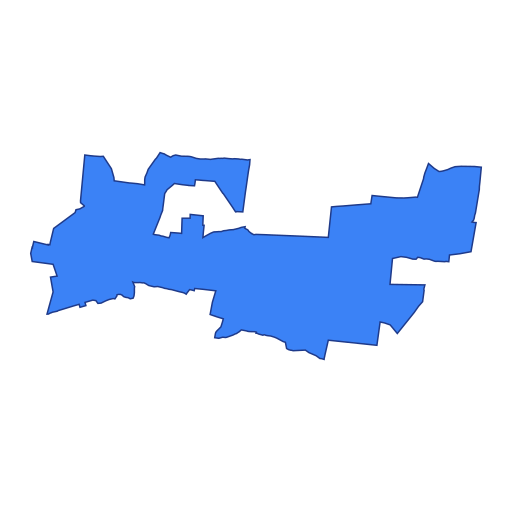 Tekal de Venegas, Yucatán, Mexico
{"feature_id": "50627088B65871153010469", "entity_name": "Tekal de Venegas", "entity_type": "district", "adm_level": 2, "iso_a3": "MEX", "parent_name": "Mexico", "parent_adm1": "Yucatán", "projection": "orthographic", "projection_center": [-88.868, 21.02], "detail": "fine", "context": "isolated", "style": "filled", "palette": "blue", "viewbox_px": 512, "rotation_deg": 0, "n_neighbors": 0, "source": "geoboundaries", "source_scale": "gbopen_adm2", "svg_char_len": 4776}
<svg xmlns="http://www.w3.org/2000/svg" viewBox="0 0 512 512"><path d="M324.1,359.4L324.2,358.2L324.6,356.7L324.9,355.1L328.3,340.2L376.9,345.3L379.8,324.2L380.1,322.0L384.4,322.9L390.2,324.9L397.3,333.5L414.1,312.6L418.6,306.2L422.6,301.7L423.6,294.2L424.1,290.3L423.8,289.1L424.9,284.9L390.0,284.4L392.5,258.5L400.9,256.6L406.5,257.3L410.4,258.4L412.7,259.1L416.1,259.2L417.7,257.3L420.2,257.6L424.0,259.1L426.3,258.9L429.5,259.3L434.3,261.1L435.7,261.4L437.8,261.3L444.9,261.7L445.9,261.4L448.8,261.7L449.5,255.0L460.1,253.7L471.0,251.7L476.1,222.6L473.7,222.4L472.0,222.0L473.6,220.1L474.2,218.2L474.6,215.9L474.8,214.8L475.3,213.5L475.6,212.0L477.3,201.7L478.7,193.2L479.3,189.7L479.4,186.5L479.9,182.0L481.3,167.2L474.5,166.5L461.2,166.3L457.7,166.5L455.0,166.7L450.7,168.2L447.7,169.6L443.2,170.9L441.3,171.3L440.5,171.4L439.0,171.5L434.2,168.4L428.5,163.5L426.9,167.8L424.9,173.0L423.8,176.9L423.5,178.9L417.4,197.3L415.7,197.1L407.4,197.8L404.0,198.0L396.4,197.9L376.8,196.0L372.1,195.5L370.8,203.8L366.7,204.1L356.3,204.9L343.0,206.0L336.7,206.4L331.5,206.9L328.3,237.4L303.6,236.3L281.6,235.4L271.6,235.0L264.9,234.7L255.8,234.4L254.9,234.6L253.8,234.7L252.3,233.9L252.1,233.8L252.0,233.7L251.8,233.5L251.6,233.6L248.8,231.4L248.2,230.3L247.3,229.6L246.2,229.1L245.1,228.3L244.7,228.1L245.1,226.7L241.2,227.4L238.8,228.3L234.7,229.3L234.1,229.4L233.7,229.6L229.3,229.9L226.1,230.5L224.8,230.6L223.4,230.8L221.2,231.6L218.6,231.6L217.8,231.7L214.8,231.9L214.1,231.9L213.3,232.1L210.5,233.3L206.0,235.8L202.9,237.6L203.1,235.4L203.4,231.8L203.7,229.0L203.8,228.1L204.1,225.3L202.8,225.2L203.2,215.8L190.2,214.4L190.1,218.2L182.1,218.2L181.9,224.2L181.6,233.4L178.8,233.1L174.9,232.8L172.1,232.6L170.7,232.5L170.1,235.4L169.0,237.8L166.5,237.3L162.9,236.2L161.3,236.0L159.1,235.2L157.4,235.0L155.1,234.7L154.6,234.6L154.0,234.5L153.3,234.1L155.7,228.1L160.0,217.4L160.7,215.2L162.6,210.5L162.8,208.3L163.3,204.6L163.7,201.5L163.7,201.4L164.7,193.6L166.3,191.1L167.1,189.7L168.7,188.4L172.3,185.4L174.4,183.5L179.0,184.2L182.3,184.7L188.6,185.4L188.7,185.5L188.8,185.5L194.5,185.8L195.0,183.0L195.4,179.8L198.5,180.0L202.5,180.4L205.8,180.6L213.1,181.2L214.8,181.3L219.2,187.9L222.8,193.3L223.2,193.5L232.4,207.0L235.3,211.5L235.9,212.0L236.5,211.6L236.9,211.6L237.0,211.6L242.8,211.9L244.5,199.0L245.5,191.5L246.0,188.3L246.9,182.0L247.6,177.0L248.5,170.9L249.6,164.8L250.0,159.6L247.4,160.0L246.3,159.8L241.7,159.2L240.9,159.3L240.1,159.3L239.0,159.0L234.6,158.7L232.6,158.9L228.8,158.6L224.1,158.1L222.8,158.4L221.9,158.3L219.7,158.4L218.3,158.3L212.4,159.1L210.5,159.4L205.3,158.9L204.3,159.0L203.4,159.0L200.8,159.0L200.7,159.0L200.2,159.0L196.3,158.4L191.7,156.9L190.4,156.6L189.9,156.5L188.0,156.3L181.5,156.2L175.7,155.0L173.1,155.7L170.6,157.2L166.6,155.3L163.9,153.7L163.4,153.7L160.1,152.6L156.5,158.1L155.3,159.3L148.2,169.3L146.9,173.0L145.1,177.0L144.7,179.7L144.7,183.2L144.6,184.9L137.5,183.7L130.3,183.0L130.1,183.0L129.6,183.0L114.2,180.8L113.9,177.5L111.4,168.7L103.3,156.3L100.3,156.5L94.4,156.1L90.2,155.7L84.8,155.0L80.5,200.8L80.6,202.7L84.3,205.8L84.3,206.3L84.2,206.4L79.8,208.9L76.0,209.7L75.1,212.6L53.7,228.4L53.5,229.1L50.3,242.4L50.2,243.1L49.8,244.8L48.2,244.4L48.2,245.0L46.7,244.6L45.3,244.3L33.8,241.5L32.4,247.3L32.4,247.5L32.1,247.3L30.7,253.4L32.2,261.5L53.1,264.3L57.1,276.1L50.5,277.1L53.1,291.9L47.0,314.1L48.3,314.1L50.8,312.8L51.6,312.7L52.1,312.3L57.3,311.2L58.2,310.6L61.2,309.7L72.0,306.4L73.9,305.8L74.0,305.8L79.1,304.3L80.0,307.3L85.9,305.6L85.0,302.4L92.8,300.1L95.9,300.6L97.9,303.4L101.1,303.1L105.8,300.8L109.1,299.5L111.6,298.9L112.9,298.6L113.6,298.6L114.9,298.9L116.9,295.9L116.9,294.9L118.1,294.4L120.7,294.4L121.3,294.8L122.1,295.1L123.5,296.5L124.4,296.9L126.0,297.4L128.2,297.7L130.2,298.8L133.1,298.2L134.0,295.9L134.4,292.7L134.4,287.7L134.7,286.8L132.9,282.1L133.8,282.5L135.6,282.6L138.3,282.6L139.8,282.5L142.7,282.9L143.9,282.8L145.8,283.7L148.7,285.5L154.1,286.8L157.7,286.5L162.5,287.6L164.8,288.4L166.5,288.6L169.1,289.3L171.5,289.6L179.2,291.7L182.4,292.4L184.5,293.1L186.2,294.2L186.9,293.1L189.6,289.6L192.1,290.1L194.2,290.7L194.7,288.5L203.0,289.3L215.8,290.8L212.4,302.2L210.1,314.5L216.8,316.8L223.3,318.8L222.4,322.2L220.9,326.9L216.8,331.0L215.8,332.3L215.4,333.6L214.7,337.7L218.8,338.3L222.7,337.2L225.5,337.5L226.6,337.3L233.1,335.0L235.0,334.0L236.6,333.5L237.8,332.6L239.3,331.7L241.3,329.9L246.5,330.9L248.0,331.4L250.0,331.6L254.8,331.7L256.3,332.1L256.0,333.2L257.2,333.3L258.5,334.0L262.9,335.2L264.2,334.7L266.2,335.4L267.9,335.7L270.7,336.0L274.5,337.2L276.7,338.1L283.2,341.6L285.4,342.3L286.6,348.5L288.5,349.6L290.6,350.2L291.7,350.3L293.1,350.7L305.4,350.1L308.9,352.6L316.1,355.7L319.9,358.5L321.7,358.7L324.1,359.4Z" fill="#3b82f6" stroke="#1e3a8a" stroke-width="1.5"/></svg>